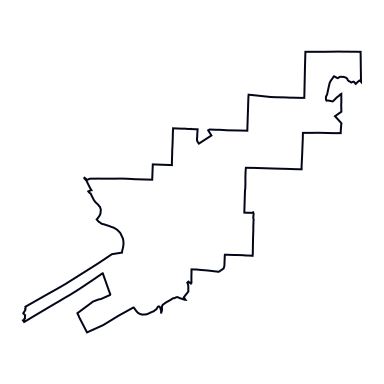 Plataresti, Calarasi, Romania
{"feature_id": "2599482B2519283515230", "entity_name": "Plataresti", "entity_type": "district", "adm_level": 2, "iso_a3": "ROU", "parent_name": "Romania", "parent_adm1": "Calarasi", "projection": "equal_earth", "projection_center": [26.411, 44.363], "detail": "fine", "context": "isolated", "style": "outline", "palette": "ink", "viewbox_px": 384, "rotation_deg": 0, "n_neighbors": 0, "source": "geoboundaries", "source_scale": "gbopen_adm2", "svg_char_len": 5794}
<svg xmlns="http://www.w3.org/2000/svg" viewBox="0 0 384 384"><path d="M167.9,301.4L170.2,300.1L173.2,298.2L173.9,298.2L174.1,298.2L174.3,298.2L175.1,297.8L176.5,297.2L176.9,297.1L177.1,297.1L177.3,297.1L177.8,297.2L178.1,297.4L178.9,297.7L179.4,298.0L180.0,298.2L180.7,298.4L183.0,299.2L184.5,299.7L185.5,299.8L183.8,297.3L185.6,295.0L187.7,292.4L188.3,291.6L188.3,288.2L188.3,285.9L187.8,283.8L187.3,282.6L188.4,281.6L190.5,283.3L190.9,283.6L191.0,283.5L191.3,283.1L191.5,282.7L191.4,282.2L191.4,281.8L191.4,281.3L191.4,279.4L191.4,276.5L191.4,274.7L191.5,273.8L191.5,272.6L191.5,271.2L191.5,269.4L196.4,269.5L200.3,269.9L207.7,270.5L211.2,270.9L218.7,271.8L221.0,270.3L223.6,268.5L224.4,265.7L224.8,254.9L224.9,254.7L228.5,254.8L233.8,255.0L236.0,255.0L243.5,255.2L244.5,255.4L246.6,255.5L247.5,255.5L251.8,255.7L252.6,255.8L252.8,253.6L252.8,252.8L253.0,239.7L253.3,230.7L253.3,226.8L253.6,219.3L253.6,219.2L253.3,218.2L253.2,217.8L253.3,217.2L253.6,213.7L253.5,213.4L253.3,212.8L253.1,212.3L252.2,212.7L251.8,212.8L251.4,212.9L250.6,212.8L244.7,212.7L244.3,212.6L245.0,190.0L245.1,189.7L245.3,188.7L245.3,187.6L245.3,186.5L245.4,184.8L245.4,183.0L245.4,179.7L245.4,178.3L245.4,177.2L245.5,173.8L245.6,171.1L245.7,170.0L245.8,168.9L245.9,167.8L246.4,167.8L253.7,167.9L263.6,168.2L269.3,168.4L275.9,168.6L283.7,168.8L287.8,168.9L296.1,169.2L301.6,169.3L301.6,166.0L302.1,155.8L302.6,143.1L302.8,138.7L302.9,132.9L319.8,132.8L331.9,133.1L340.7,133.1L340.7,132.1L340.9,129.2L340.9,128.3L341.0,127.9L341.1,126.8L341.1,126.1L341.4,123.3L341.1,122.9L335.0,116.2L341.4,111.7L341.3,110.0L341.3,107.9L341.2,106.4L341.2,104.1L341.3,103.0L341.3,101.3L341.4,100.4L341.3,99.2L341.3,97.6L341.3,93.9L340.2,94.5L339.2,95.6L338.6,96.1L337.6,96.8L336.8,97.4L334.8,99.5L333.0,101.2L332.6,101.4L332.3,101.4L330.6,101.0L328.6,100.6L327.6,100.5L327.1,100.6L326.7,100.7L326.3,100.4L326.0,99.6L325.9,98.4L326.0,96.6L326.6,95.5L327.1,94.5L328.4,88.4L329.4,84.0L329.8,82.7L330.0,82.1L330.8,80.7L332.9,77.8L333.8,76.4L334.1,76.3L334.3,76.4L337.4,78.1L337.9,78.1L338.1,78.0L339.2,77.2L340.2,76.8L343.6,76.9L344.3,77.1L345.0,77.3L345.7,77.6L346.2,77.9L346.7,78.2L346.8,78.3L347.0,78.5L347.3,78.9L347.4,79.3L347.6,79.6L347.7,79.9L347.8,80.1L348.0,80.4L348.3,80.7L348.6,80.9L348.8,81.1L349.0,81.2L349.6,81.4L349.8,81.5L350.2,81.8L351.0,82.4L351.3,82.5L351.5,82.4L352.9,81.8L353.4,81.7L353.7,81.7L353.8,81.8L354.0,81.9L355.7,83.9L356.8,82.9L356.9,82.6L359.5,80.5L359.9,80.6L361.0,81.8L360.6,51.8L338.0,51.6L323.7,51.8L305.4,51.8L305.0,66.0L304.3,97.9L301.1,97.9L298.0,97.8L293.6,97.7L290.7,97.7L285.0,97.4L275.0,97.2L270.6,97.0L263.0,96.2L256.6,95.5L248.6,94.7L248.4,97.3L248.2,102.6L248.0,109.4L247.7,118.2L247.3,130.7L239.3,130.5L227.5,130.3L220.0,129.8L216.3,129.8L209.6,129.5L208.2,130.3L211.4,135.5L198.9,143.6L197.8,142.1L197.0,140.5L197.0,139.4L197.0,138.6L197.0,137.9L197.2,137.3L197.2,135.3L197.6,129.3L192.2,129.1L191.6,129.1L191.3,128.9L190.9,129.0L186.5,128.9L185.6,128.7L183.5,128.7L182.0,128.7L173.1,128.3L173.1,129.0L173.0,130.3L172.9,131.3L172.9,132.1L172.9,133.2L172.8,135.1L172.8,136.2L172.8,136.7L172.8,136.9L172.7,139.7L172.6,142.4L172.5,145.5L172.4,146.7L172.4,147.8L172.2,150.2L172.2,150.9L172.2,151.2L172.2,151.5L172.2,152.5L172.1,155.9L172.0,158.0L172.0,158.4L172.0,159.8L171.9,161.1L171.9,161.5L171.9,162.8L171.9,164.6L171.9,165.1L152.8,164.4L152.2,179.7L134.5,179.2L131.8,179.0L129.9,178.9L127.9,178.8L125.6,178.7L122.2,178.6L106.4,178.7L97.3,178.6L95.5,178.7L90.3,178.7L89.6,178.8L88.1,179.5L87.0,179.9L85.6,178.6L84.7,177.8L84.5,177.7L84.4,177.8L84.4,178.3L84.4,178.5L84.5,178.7L84.8,178.9L85.6,179.6L85.9,180.0L86.4,180.6L87.2,182.2L87.6,183.1L90.0,187.8L91.3,190.1L91.2,190.1L89.1,191.1L88.3,191.4L88.5,191.7L89.7,193.0L90.6,193.5L90.9,193.9L91.7,195.9L92.9,198.1L93.6,199.6L94.7,201.2L95.5,202.3L96.9,203.5L98.5,205.1L99.3,206.3L100.0,206.9L100.3,208.0L100.7,209.2L100.8,209.8L100.8,210.4L100.6,212.0L100.4,213.6L100.3,214.0L100.3,214.3L99.8,215.1L99.2,216.2L98.2,217.6L97.6,218.4L97.0,219.1L96.7,219.4L97.0,219.8L97.9,220.9L98.8,221.8L99.8,222.4L100.8,223.1L101.8,223.8L102.7,224.1L103.6,224.2L108.8,225.9L111.2,226.8L111.4,226.9L114.0,227.8L117.3,229.9L120.3,233.0L123.0,238.7L123.4,241.3L123.5,243.7L123.4,244.8L123.2,246.5L122.6,249.3L122.2,250.8L122.0,252.6L113.7,253.9L111.9,254.2L99.5,262.5L97.2,264.0L84.7,271.9L68.8,281.9L65.5,284.0L57.7,288.5L45.7,295.2L26.9,305.9L25.4,306.7L25.7,307.8L25.6,308.1L25.1,308.8L25.4,309.5L25.4,309.9L25.0,310.5L24.1,312.0L23.4,312.9L23.3,313.3L23.5,313.6L23.9,314.0L25.1,315.2L24.9,318.4L24.4,318.7L24.3,319.4L24.1,319.9L23.0,320.4L24.1,322.0L34.3,315.9L38.0,313.7L50.1,306.5L59.7,300.9L61.2,300.0L62.8,299.0L69.9,294.9L70.9,294.3L75.9,291.2L80.1,288.5L90.4,281.6L99.8,275.2L102.5,273.3L102.8,273.3L102.9,273.6L103.8,276.2L109.3,291.7L110.2,294.0L110.3,294.5L110.0,295.0L101.0,299.0L98.5,299.5L95.8,300.5L92.7,301.7L90.6,303.4L80.5,310.9L77.4,313.2L78.6,315.7L78.8,316.1L79.0,316.9L79.4,317.7L85.2,328.9L87.0,332.4L101.2,326.0L103.2,325.1L104.5,324.3L118.4,315.8L132.5,308.0L133.3,307.5L133.6,307.5L134.1,308.0L136.4,311.2L137.9,312.8L138.5,313.1L139.7,313.9L140.0,314.0L141.4,314.4L142.6,314.6L144.3,314.5L145.4,314.4L146.4,314.4L147.1,314.1L148.9,313.4L149.4,313.1L150.4,312.6L151.4,312.2L153.8,311.2L154.5,310.6L155.1,310.1L156.0,309.5L156.6,308.9L157.7,307.1L157.9,306.7L158.1,306.6L158.8,306.5L159.4,306.5L159.6,306.7L159.9,307.2L160.5,308.4L160.7,308.7L160.8,309.0L160.8,309.3L160.7,309.6L160.8,309.9L161.0,310.1L161.1,310.3L161.1,310.5L161.1,312.1L161.1,312.6L161.3,312.6L161.6,311.5L161.8,310.9L161.8,310.5L162.0,309.9L162.0,309.6L162.0,308.7L161.9,307.6L161.9,307.3L162.0,306.8L162.0,306.4L162.1,306.1L162.3,305.6L162.5,305.1L162.7,304.9L162.8,304.8L163.1,304.5L166.4,302.2L167.9,301.4Z" fill="none" stroke="#020617" stroke-width="2"/></svg>